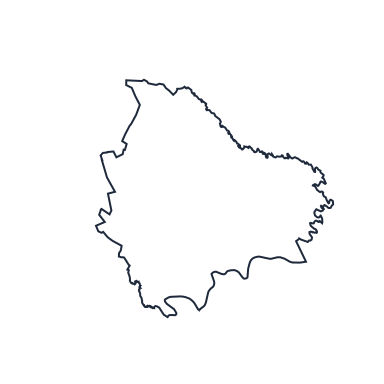 Liepas pag., Priekulu, Latvia (Robinson projection), rotated 229°
{"feature_id": "27541924B93252859491406", "entity_name": "Liepas pag.", "entity_type": "district", "adm_level": 2, "iso_a3": "LVA", "parent_name": "Latvia", "parent_adm1": "Priekulu", "projection": "robinson", "projection_center": [25.432, 57.391], "detail": "fine", "context": "isolated", "style": "outline", "palette": "slate", "viewbox_px": 384, "rotation_deg": 229, "n_neighbors": 0, "source": "geoboundaries", "source_scale": "gbopen_adm2", "svg_char_len": 5965}
<svg xmlns="http://www.w3.org/2000/svg" viewBox="0 0 384 384"><g transform="rotate(229 192 192)"><path d="M98.6,119.8L99.0,120.1L98.1,120.9L98.3,122.8L98.0,125.2L98.2,127.4L99.5,130.0L105.0,137.5L106.2,139.4L106.8,142.6L106.7,145.9L107.0,146.8L108.1,148.6L110.0,150.0L117.3,152.9L117.5,154.4L117.4,155.5L116.7,157.1L115.8,158.0L110.8,160.5L109.1,161.9L108.5,163.0L108.6,164.5L109.0,166.3L108.9,167.2L107.4,170.0L105.2,172.8L102.8,174.1L100.5,174.6L94.7,174.1L92.9,174.2L92.2,174.7L91.3,176.1L91.1,177.4L91.3,178.0L97.2,184.0L100.5,188.8L101.5,190.8L102.0,192.6L102.0,194.4L101.5,196.4L100.3,198.8L99.1,200.4L90.5,206.9L89.5,208.2L86.7,213.7L84.8,215.8L81.0,218.1L75.2,220.1L72.8,221.6L67.7,227.4L64.6,232.3L86.6,238.3L86.3,242.0L86.6,242.4L84.5,243.1L77.6,247.0L78.5,246.9L78.6,248.1L78.5,248.7L77.7,249.4L77.6,251.0L78.8,252.6L79.4,252.9L82.5,253.1L83.8,253.6L84.7,254.3L84.2,255.7L82.5,256.5L82.5,257.0L81.0,257.6L80.6,258.5L79.4,259.2L79.5,259.7L80.4,260.5L82.6,260.9L84.2,260.1L88.0,259.5L89.0,259.6L91.0,260.6L90.8,261.4L88.8,262.7L88.5,263.4L89.3,265.0L89.3,266.3L89.0,266.8L88.4,267.3L86.4,267.8L86.1,268.2L86.5,268.9L86.3,269.4L83.1,269.7L83.6,270.5L86.4,272.7L89.7,273.7L89.9,273.6L89.4,271.7L89.8,270.6L91.2,269.8L93.6,269.5L95.8,270.5L96.6,271.3L97.4,274.5L92.9,276.5L92.2,278.6L92.5,279.1L92.5,280.1L93.0,280.5L94.1,280.6L94.4,280.3L93.9,279.7L95.3,279.5L96.8,280.0L96.9,280.4L95.9,280.7L95.3,281.3L95.0,282.0L95.3,283.3L95.0,283.6L92.6,284.3L90.5,284.5L89.4,285.6L89.1,286.4L90.0,288.4L90.0,290.3L92.6,292.3L94.8,291.9L95.4,291.2L95.0,289.7L93.7,288.2L93.8,287.7L94.3,287.6L97.1,288.2L100.3,289.4L102.3,288.7L103.0,288.9L105.0,289.7L105.7,290.7L107.2,290.3L107.6,289.7L107.8,288.7L108.3,288.4L111.5,287.8L115.4,288.6L117.6,287.5L117.8,288.0L117.3,289.9L116.6,290.4L114.0,291.0L113.8,291.4L114.9,294.8L115.3,295.2L115.4,296.2L113.7,297.1L111.0,297.7L110.7,298.0L110.7,298.6L115.6,300.2L117.3,299.7L118.0,302.1L118.6,302.5L121.8,301.9L122.7,302.0L123.5,302.4L123.8,302.9L126.1,302.0L127.8,302.3L128.9,302.0L129.1,300.9L128.8,299.9L126.6,298.4L126.4,298.1L127.0,297.6L130.8,298.4L131.5,299.1L134.7,299.7L136.1,298.0L138.1,298.3L139.0,298.0L138.5,297.1L138.5,296.6L139.5,295.9L140.1,296.4L142.0,296.3L142.3,296.0L142.4,295.0L142.9,294.8L148.1,293.8L148.7,293.2L150.4,292.7L150.7,292.5L151.3,290.9L151.3,289.9L151.8,289.5L153.4,289.1L158.0,289.4L158.2,288.8L157.5,288.3L155.7,287.6L154.3,287.4L154.2,286.6L156.3,285.2L156.4,284.2L156.8,283.9L159.4,283.9L159.9,284.3L160.7,284.0L160.8,283.8L160.1,282.9L161.3,281.1L163.2,279.5L163.2,277.8L164.0,277.2L165.7,276.5L166.4,277.0L168.1,277.2L167.5,276.5L167.6,276.0L170.2,275.6L170.7,275.2L171.0,273.7L168.7,272.0L168.4,271.6L168.4,271.2L169.0,270.8L170.0,270.8L172.0,272.2L173.9,272.4L174.2,272.1L173.6,271.2L174.4,270.5L176.3,271.7L176.7,271.5L176.5,270.8L177.7,269.5L179.2,270.0L181.4,270.1L181.5,269.7L180.1,267.3L180.6,265.7L181.6,265.2L182.0,265.6L184.3,265.2L186.1,265.7L187.2,265.3L188.6,265.4L189.1,264.5L188.3,263.5L190.5,262.7L191.1,262.0L192.1,261.4L191.1,260.4L191.2,259.6L190.9,258.2L191.3,257.6L192.4,257.8L194.6,256.8L196.2,256.9L196.5,257.1L196.3,257.5L195.3,257.7L194.8,258.1L195.7,258.8L198.5,258.3L199.0,257.8L200.7,258.4L203.4,258.2L203.7,258.0L203.2,257.3L204.1,257.2L205.1,257.7L207.6,257.5L208.3,258.0L207.4,258.4L207.6,258.6L211.4,258.9L211.6,257.9L212.1,257.8L212.7,258.0L212.3,258.8L213.0,259.5L214.4,259.6L215.3,258.8L218.8,259.3L220.8,258.5L222.0,258.4L222.3,257.9L221.4,257.5L221.4,257.1L222.3,256.6L223.3,256.8L223.4,257.2L225.3,257.9L225.7,259.2L226.3,259.9L228.8,260.5L234.2,259.4L235.6,260.0L237.0,260.1L238.2,259.0L239.1,258.6L242.2,258.9L243.6,257.7L243.9,256.9L244.4,256.8L245.4,257.1L245.6,258.7L248.3,259.1L248.8,259.4L249.1,260.5L249.3,260.6L253.5,259.7L253.7,259.3L253.4,258.8L253.6,258.4L254.5,258.7L254.9,259.7L255.7,259.8L256.1,259.4L256.1,258.9L258.0,258.1L260.7,258.4L262.7,257.7L263.2,257.1L263.8,257.4L263.8,258.0L264.6,258.5L265.2,258.4L265.0,257.5L266.6,257.1L267.8,257.4L269.4,258.4L273.3,257.6L273.9,257.0L273.6,256.1L273.8,255.8L275.1,255.4L276.3,255.5L276.6,252.8L278.1,250.3L279.5,248.6L279.1,248.4L277.9,245.6L277.7,241.6L283.4,241.3L287.5,240.5L291.8,241.0L295.1,238.4L296.2,235.3L302.7,230.3L304.8,230.6L308.2,229.4L308.6,227.0L319.4,215.7L315.9,212.5L310.1,214.9L301.6,212.1L292.0,209.8L286.9,200.5L283.3,190.8L282.9,188.4L282.4,187.1L279.4,179.4L276.2,172.7L271.1,174.2L267.8,169.0L268.8,168.2L266.0,164.5L267.8,157.7L274.1,159.3L277.7,154.3L277.5,153.9L279.9,150.5L279.9,149.6L279.5,147.0L275.0,145.2L275.2,144.9L258.8,137.4L242.7,134.0L245.9,127.5L230.9,119.0L229.2,115.1L238.6,112.6L238.6,111.6L238.2,111.4L235.7,107.0L226.6,106.5L229.5,97.4L223.8,95.5L220.5,97.0L220.2,98.8L213.1,98.7L211.2,99.1L207.3,100.0L197.6,103.6L195.4,101.0L194.2,99.0L194.0,97.5L193.5,96.6L191.3,94.5L188.8,96.0L188.0,97.2L187.0,97.8L178.8,96.5L177.4,96.7L175.8,92.3L174.5,93.0L172.9,90.9L169.4,89.6L167.1,88.2L165.9,87.0L163.8,86.4L162.7,86.7L162.4,87.3L161.8,87.0L160.8,87.9L159.9,88.1L160.0,89.1L160.5,89.1L160.6,89.5L160.5,89.8L160.0,89.9L160.9,90.1L160.7,90.4L161.1,90.7L161.7,90.7L161.4,91.8L159.8,92.0L159.3,92.9L158.5,92.3L157.4,92.5L155.4,91.4L155.1,91.6L154.9,90.9L154.5,90.6L154.6,90.3L154.2,90.3L154.1,89.9L153.8,89.9L154.2,89.5L152.8,88.4L153.0,87.9L152.2,87.1L150.7,86.8L149.4,86.2L147.4,84.7L145.6,84.5L142.5,83.0L141.9,82.2L141.0,81.7L138.1,81.2L138.0,81.5L137.3,81.1L136.1,81.5L135.9,81.3L134.9,82.4L135.4,82.9L135.1,83.3L135.2,83.7L134.5,83.7L134.6,84.1L134.0,85.3L132.8,85.6L132.7,85.1L132.2,85.2L132.2,85.7L131.6,85.8L132.0,86.1L129.8,86.7L129.2,87.2L129.8,87.6L130.1,88.7L129.9,89.6L128.5,90.6L126.3,91.4L118.0,90.2L113.6,91.5L114.0,92.8L114.0,93.7L113.6,94.7L110.0,98.6L110.0,99.8L111.0,100.8L115.3,101.6L124.1,99.6L127.2,99.8L128.3,100.6L128.6,101.4L128.4,102.1L127.8,105.2L126.9,107.1L120.8,114.8L118.6,116.9L116.1,118.6L113.3,120.1L112.2,120.4L109.4,120.9L106.4,120.9L99.5,119.6L98.6,119.8Z" fill="none" stroke="#1e293b" stroke-width="2"/></g></svg>